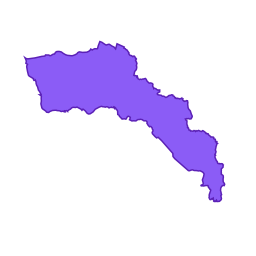 the district of Baru, Hunedoara, Romania, rotated 75°
{"feature_id": "2599482B142327649383", "entity_name": "Baru", "entity_type": "district", "adm_level": 2, "iso_a3": "ROU", "parent_name": "Romania", "parent_adm1": "Hunedoara", "projection": "natural_earth1", "projection_center": [23.221, 45.477], "detail": "fine", "context": "isolated", "style": "filled", "palette": "violet", "viewbox_px": 256, "rotation_deg": 75, "n_neighbors": 0, "source": "geoboundaries", "source_scale": "gbopen_adm2", "svg_char_len": 5690}
<svg xmlns="http://www.w3.org/2000/svg" viewBox="0 0 256 256"><g transform="rotate(75 128 128)"><path d="M184.8,80.7L185.2,79.7L185.0,77.7L185.1,76.5L186.2,75.1L186.4,74.4L186.8,73.0L187.8,70.8L187.9,69.5L189.9,67.3L191.5,66.5L192.3,66.5L194.5,67.6L197.4,69.6L200.9,69.6L202.0,70.3L202.1,72.0L202.6,72.4L202.9,72.1L203.0,71.5L203.6,69.9L203.7,67.7L204.3,65.7L206.3,65.6L207.6,64.9L208.4,64.8L209.0,64.2L209.5,64.2L210.3,64.7L213.1,66.6L214.0,67.0L215.2,67.2L216.0,67.7L217.5,67.6L218.3,67.3L218.6,66.7L218.6,66.3L217.9,65.2L217.9,64.8L218.2,64.6L217.8,63.8L218.0,63.8L218.7,64.7L219.5,64.1L220.5,63.7L220.9,64.1L221.2,63.9L221.5,63.2L221.6,62.3L221.2,62.2L220.5,61.2L220.9,61.1L221.8,61.5L221.9,61.0L222.1,60.9L222.2,60.6L222.5,58.6L221.4,56.6L220.4,56.0L217.4,55.8L217.1,55.7L216.9,55.1L216.4,54.8L215.3,55.0L214.4,54.8L212.3,54.8L209.9,53.9L208.7,52.7L208.3,51.9L208.2,51.3L208.0,50.8L208.5,50.0L207.4,49.2L206.3,49.3L205.4,49.8L203.8,49.9L202.9,49.5L202.2,49.5L200.4,48.7L198.9,48.4L198.1,48.7L197.5,49.3L196.5,49.9L195.7,49.4L194.8,49.4L192.8,48.7L191.8,48.6L190.4,46.3L188.9,45.9L188.4,45.5L187.9,45.9L187.1,46.0L186.5,47.3L186.4,48.6L185.8,49.1L185.8,49.9L185.5,50.3L184.6,50.6L183.7,50.4L182.2,51.1L178.6,51.6L177.6,51.2L177.0,50.4L176.8,50.5L176.5,51.0L176.1,51.0L174.9,49.8L173.6,49.1L171.9,49.3L169.1,47.9L168.5,47.7L168.1,47.3L166.2,46.2L166.1,45.5L165.7,45.7L165.2,46.4L164.1,45.7L164.0,45.9L164.3,46.5L163.8,47.0L161.6,46.6L161.2,46.9L161.0,47.5L160.4,48.0L159.7,47.6L159.0,47.8L158.3,49.5L158.2,50.3L157.4,50.5L155.7,51.8L154.3,52.1L154.1,52.5L154.2,53.0L153.4,53.5L153.6,53.8L153.5,54.1L151.8,54.7L149.9,56.4L149.9,56.8L150.3,57.4L150.4,58.0L149.6,59.3L148.6,60.4L148.8,62.3L148.2,62.9L148.8,63.7L148.1,64.1L147.5,64.9L147.9,65.8L147.8,66.4L147.3,67.2L147.2,68.3L146.9,68.5L146.1,68.6L145.7,69.6L143.6,69.6L143.3,69.8L143.2,70.3L142.7,70.4L141.7,69.9L140.7,70.1L139.2,70.1L136.4,69.2L135.1,70.1L134.1,70.2L134.2,69.5L134.1,68.6L134.6,68.0L134.5,67.1L134.6,66.8L135.2,66.3L135.5,64.9L135.3,64.3L134.6,64.1L133.9,63.1L133.5,63.0L132.7,62.9L131.3,63.2L127.6,63.4L125.4,64.5L123.8,64.7L120.4,64.2L119.0,63.6L117.1,63.5L116.9,64.2L116.7,64.5L116.9,64.8L117.0,65.3L116.7,66.0L116.9,66.5L116.7,66.9L116.3,67.0L115.7,67.6L115.0,67.9L114.2,67.5L114.2,67.9L113.0,68.2L113.4,68.8L113.2,69.1L113.3,70.5L112.6,71.4L112.4,72.4L112.0,72.6L112.0,73.8L111.4,74.2L111.1,74.2L111.2,74.7L109.3,75.3L109.0,75.6L108.8,76.1L108.4,76.3L107.7,76.2L107.2,77.3L107.4,78.7L107.3,79.0L107.2,80.0L108.0,81.8L108.3,83.5L106.5,85.2L106.3,86.4L106.1,86.7L105.0,87.4L104.0,89.8L103.5,90.6L103.0,90.9L102.3,90.8L101.6,89.6L101.3,88.0L99.5,87.5L99.2,88.4L99.4,89.1L99.1,89.2L98.3,90.3L97.2,90.9L96.7,91.9L96.1,92.6L96.3,92.9L95.7,92.8L95.2,92.9L94.5,93.4L93.6,93.3L92.7,92.7L91.5,92.8L90.7,93.8L90.2,94.9L90.2,95.8L89.8,96.2L87.5,97.5L85.8,97.8L84.7,98.3L84.6,99.5L84.8,100.2L84.5,100.8L84.6,102.4L84.0,103.5L84.2,104.3L83.1,105.5L81.3,105.6L81.7,106.1L81.6,106.3L81.0,106.3L80.0,105.8L79.9,106.4L79.2,107.4L79.1,108.2L78.9,108.5L78.6,108.7L76.2,107.4L75.7,107.3L74.9,106.6L73.8,104.9L72.1,104.0L70.8,103.7L70.1,103.9L69.6,103.5L68.5,103.1L67.8,102.6L67.3,102.7L67.1,102.9L66.2,102.8L65.0,103.2L64.8,103.0L64.5,103.1L63.5,102.0L63.2,102.1L63.5,102.5L63.2,102.6L61.0,102.9L60.2,103.3L60.0,103.9L60.4,104.8L59.1,105.8L59.1,106.2L58.7,106.4L58.3,107.3L56.4,108.1L55.8,107.6L52.2,108.9L51.7,109.7L50.8,110.0L49.7,111.3L48.8,110.7L43.8,116.8L48.4,119.5L46.1,120.6L44.8,122.2L42.3,124.4L42.1,125.3L42.2,127.6L41.4,128.5L38.4,131.1L37.2,132.8L40.8,135.4L43.4,136.9L43.5,137.5L42.8,139.5L43.0,141.2L43.4,142.4L42.1,143.5L43.0,144.4L43.8,146.1L44.1,148.2L43.2,152.4L41.9,155.2L41.9,155.8L42.2,157.0L43.1,158.2L43.6,160.3L43.8,162.7L43.6,163.8L42.1,167.8L41.0,169.4L39.2,171.2L37.3,172.7L36.2,174.7L35.7,177.0L36.1,178.4L37.5,179.8L37.3,181.0L37.6,182.3L38.1,183.6L37.9,184.8L37.0,185.6L36.1,188.8L37.0,189.7L36.5,192.7L36.2,199.9L35.3,206.9L34.4,208.6L33.5,209.3L35.4,209.0L37.1,208.9L39.1,209.9L40.5,208.6L41.6,209.6L42.6,210.0L46.9,210.4L51.0,210.5L51.7,210.3L52.4,209.9L55.9,206.5L56.6,206.8L57.7,206.5L57.9,205.6L57.6,205.2L57.9,205.1L59.9,204.9L60.7,205.2L62.8,205.2L64.8,204.7L68.4,204.7L69.6,204.1L73.3,203.2L73.5,203.2L73.6,203.5L73.2,204.6L74.4,203.7L75.2,203.5L76.5,204.1L79.5,204.7L82.2,205.9L86.3,206.0L87.5,205.5L90.3,203.1L91.6,202.6L92.4,200.9L92.4,200.4L91.9,199.5L91.5,196.5L92.0,193.8L92.4,192.5L92.6,192.4L92.9,191.8L93.6,189.7L94.8,188.3L94.9,186.6L95.1,186.2L95.9,185.4L96.1,184.7L95.2,185.0L94.9,184.9L94.9,184.6L95.4,183.7L95.3,182.9L96.4,182.0L95.8,181.8L95.0,179.5L94.9,178.7L94.1,177.4L93.8,176.4L94.0,174.9L94.6,173.6L94.6,171.8L97.7,168.5L99.0,167.9L98.1,166.6L100.1,165.0L103.3,163.6L104.3,162.4L104.5,160.9L103.4,157.5L101.4,154.8L100.4,150.5L100.2,148.6L100.3,147.8L101.0,146.8L101.3,145.7L102.0,144.5L101.9,143.3L102.3,142.2L103.7,141.1L103.5,139.9L103.8,138.8L103.6,138.6L104.2,137.7L104.5,136.9L104.1,136.5L105.5,136.0L104.6,135.4L105.8,134.7L106.7,134.7L108.1,133.8L109.1,133.7L112.3,134.4L113.4,133.3L113.7,133.2L114.3,133.3L114.8,133.1L116.2,132.2L117.1,131.9L117.8,131.4L117.7,131.1L117.9,130.9L118.2,128.9L118.8,128.1L118.8,127.4L117.5,126.3L117.1,125.7L116.7,125.0L116.8,124.4L118.3,123.0L119.3,123.5L120.4,124.4L122.2,122.4L122.4,120.9L123.1,118.9L123.1,117.9L122.6,117.1L122.4,116.1L122.8,114.9L122.7,114.0L123.7,111.9L124.5,111.5L125.3,110.6L125.4,109.5L126.2,108.3L127.3,108.0L127.9,108.2L128.2,108.5L130.5,107.9L132.4,106.9L132.3,106.0L132.5,105.5L134.1,104.7L135.2,104.8L136.4,104.4L137.5,104.8L138.4,105.8L139.8,105.9L143.3,104.1L145.0,102.9L144.8,101.3L149.1,98.7L164.1,91.3L167.2,91.9L169.7,90.8L184.8,80.7Z" fill="#8b5cf6" stroke="#5b21b6" stroke-width="1.5"/></g></svg>